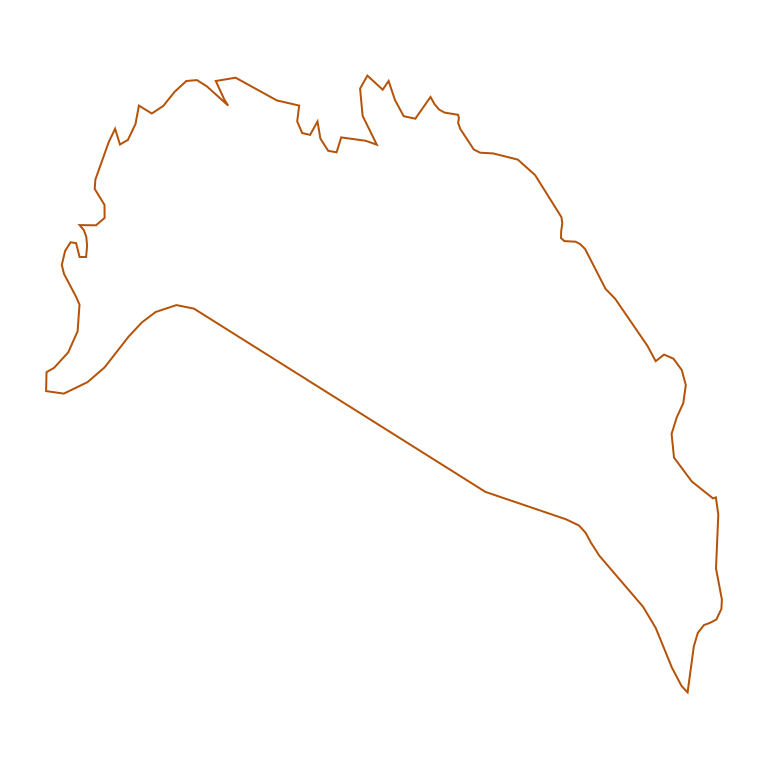 outline of Camarines Norte
{"feature_id": "PHL-2537", "entity_name": "Camarines Norte", "entity_type": "Province", "adm_level": 1, "iso_a3": "PHL", "parent_name": "Philippines", "parent_adm1": "", "projection": "equal_earth", "projection_center": [122.685, 14.086], "detail": "fine", "context": "isolated", "style": "outline", "palette": "amber", "viewbox_px": 768, "rotation_deg": 0, "n_neighbors": 0, "source": "natural_earth", "source_scale": "10m", "svg_char_len": 1590}
<svg xmlns="http://www.w3.org/2000/svg" viewBox="0 0 768 768"><path d="M46.5,372.2L54.1,367.8L68.2,352.4L77.6,331.3L79.5,304.7L76.3,297.2L64.0,273.9L61.8,264.9L65.1,250.9L70.6,242.3L76.1,243.1L79.6,257.0L86.1,257.0L87.1,245.8L86.3,236.9L83.8,230.1L79.6,225.1L96.0,225.3L104.6,217.9L104.5,204.9L94.7,188.9L95.4,179.5L108.6,142.4L115.1,128.8L120.0,144.5L127.9,139.9L135.5,124.0L138.9,105.6L151.8,113.5L163.4,105.8L174.6,91.8L186.3,81.0L196.9,80.1L206.8,86.3L228.2,105.6L224.4,99.7L215.8,81.0L235.6,77.7L276.8,100.4L299.2,105.6L297.2,121.4L302.2,133.1L310.1,134.9L317.5,121.5L320.4,138.6L328.2,150.8L336.6,152.3L341.2,137.4L365.8,140.8L376.8,144.7L362.6,115.8L360.1,88.6L367.4,75.6L382.7,89.7L388.6,81.0L395.0,100.1L403.7,116.2L415.3,118.7L430.5,97.0L434.7,104.4L439.2,109.6L444.6,112.6L458.1,114.8L458.9,118.0L458.1,122.8L460.2,128.8L473.8,149.5L480.1,152.7L493.0,153.4L517.8,159.6L535.1,175.1L561.4,217.1L562.3,223.2L561.2,231.1L561.0,238.1L564.4,241.1L575.6,241.7L580.0,244.0L585.1,249.0L605.5,288.8L615.1,298.7L647.4,345.8L655.7,361.2L664.0,354.6L673.5,358.7L681.8,370.1L685.8,385.1L683.3,403.1L676.7,417.5L671.6,433.9L674.0,457.6L691.8,481.5L713.0,498.4L715.9,497.4L718.3,514.6L716.0,568.4L721.9,599.6L721.4,608.9L716.4,619.5L710.3,622.7L703.9,625.1L697.8,632.9L693.8,646.5L687.6,692.4L681.5,685.9L671.9,667.6L655.7,627.9L643.0,606.7L599.3,555.7L590.9,542.6L585.7,532.9L579.0,525.5L566.0,519.3L485.4,491.9L193.9,308.6L176.4,305.1L155.6,312.0L142.1,322.2L128.6,336.6L104.5,367.5L87.4,382.2L63.8,393.6L46.1,391.1L46.5,372.4L46.5,372.2Z" fill="none" stroke="#b45309" stroke-width="2"/></svg>